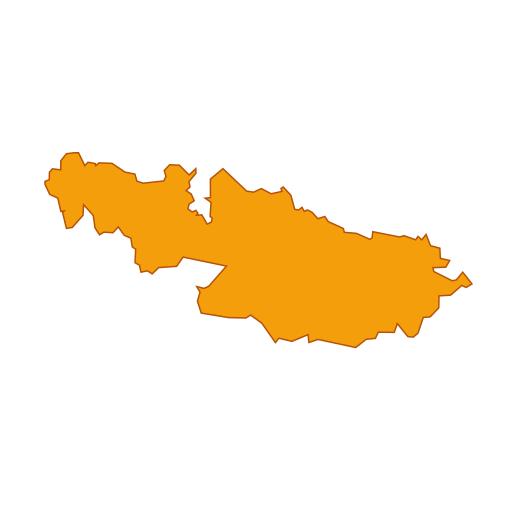 Baba, Los Rios, Ecuador (Albers equal-area conic projection), rotated 276°
{"feature_id": "8360857B87551033662534", "entity_name": "Baba", "entity_type": "district", "adm_level": 2, "iso_a3": "ECU", "parent_name": "Ecuador", "parent_adm1": "Los Rios", "projection": "albers", "projection_center": [-79.637, -1.673], "detail": "medium", "context": "isolated", "style": "filled", "palette": "amber", "viewbox_px": 512, "rotation_deg": 276, "n_neighbors": 0, "source": "geoboundaries", "source_scale": "gbopen_adm2", "svg_char_len": 1943}
<svg xmlns="http://www.w3.org/2000/svg" viewBox="0 0 512 512"><g transform="rotate(276 256 256)"><path d="M317.7,41.8L310.3,42.4L308.1,38.3L305.0,38.8L295.7,44.4L292.9,52.8L279.9,57.3L280.7,60.4L279.1,59.1L263.6,64.6L265.2,70.3L278.3,79.7L289.0,79.2L279.3,89.9L267.0,93.0L260.7,98.2L263.8,102.2L264.2,111.3L270.5,116.0L262.8,122.8L260.6,129.7L252.1,132.0L250.2,135.6L236.7,136.4L234.6,141.1L227.9,143.3L229.9,149.7L227.3,154.6L234.3,160.4L237.4,178.1L247.3,183.6L242.9,227.7L221.0,212.2L218.4,207.7L219.4,200.2L214.2,204.1L204.9,202.5L193.5,207.5L191.9,235.5L193.3,252.5L196.7,256.8L189.8,268.8L171.9,284.4L176.6,287.2L174.9,300.7L183.2,316.0L175.5,317.7L179.5,326.4L175.4,364.7L184.7,374.3L186.5,383.3L193.0,385.6L194.5,401.5L203.5,403.6L191.7,415.5L191.8,421.0L196.1,425.1L212.4,428.8L213.6,435.5L223.5,443.2L235.5,442.2L237.4,453.6L248.2,463.7L246.7,468.3L250.8,473.7L261.5,463.3L253.1,457.7L251.9,453.6L259.1,434.5L262.9,433.2L264.7,445.9L271.8,449.1L272.9,439.6L283.0,438.0L284.5,428.5L295.2,422.9L289.4,419.1L292.4,415.1L288.8,413.1L291.7,401.0L289.9,396.9L292.4,369.6L286.2,369.6L284.5,367.4L289.0,353.6L288.8,341.3L292.5,340.0L297.8,324.2L302.5,320.3L299.6,313.6L305.4,307.1L307.2,302.3L305.4,299.3L309.2,296.7L306.2,293.5L306.5,289.6L320.1,284.3L327.5,275.8L325.8,273.8L322.9,275.0L319.5,264.5L323.6,254.3L319.2,246.9L319.6,239.8L339.4,214.0L327.7,202.6L309.3,204.6L308.2,199.4L304.6,205.7L290.5,206.2L289.1,208.5L285.0,208.0L282.6,204.1L291.3,197.8L290.3,192.6L292.3,193.8L295.1,191.5L293.2,188.0L295.6,183.4L300.6,184.0L304.5,188.8L311.0,185.0L313.7,179.7L317.8,183.2L322.9,181.5L332.0,187.6L336.6,187.0L329.6,181.0L338.3,170.3L337.7,160.6L331.4,155.8L325.8,158.1L321.0,156.5L316.6,136.1L318.0,129.8L324.8,127.0L325.8,116.8L333.1,103.1L332.2,90.1L329.1,87.2L331.1,86.5L331.7,79.1L328.0,76.3L340.1,68.7L339.7,64.5L337.9,56.8L330.3,51.9L321.3,52.8L321.4,44.4L317.7,41.8Z" fill="#f59e0b" stroke="#b45309" stroke-width="1.5"/></g></svg>